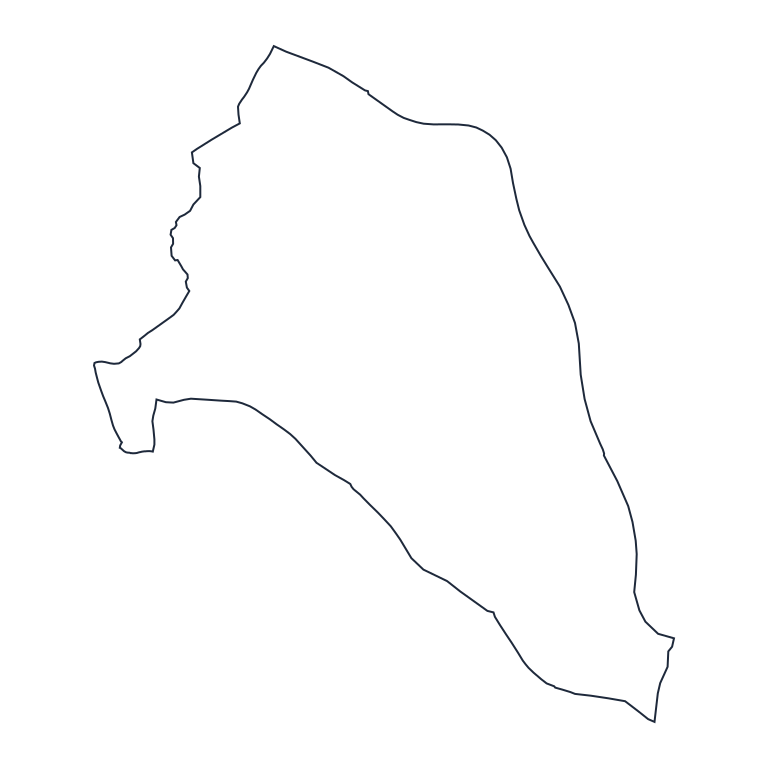 the district of Ibadan South East, Oyo, Nigeria, rotated 270°
{"feature_id": "59680162B26854390786792", "entity_name": "Ibadan South East", "entity_type": "district", "adm_level": 2, "iso_a3": "NGA", "parent_name": "Nigeria", "parent_adm1": "Oyo", "projection": "mercator", "projection_center": [3.898, 7.355], "detail": "fine", "context": "isolated", "style": "outline", "palette": "slate", "viewbox_px": 768, "rotation_deg": 270, "n_neighbors": 0, "source": "geoboundaries", "source_scale": "gbopen_adm2", "svg_char_len": 3165}
<svg xmlns="http://www.w3.org/2000/svg" viewBox="0 0 768 768"><g transform="rotate(270 384 384)"><path d="M405.0,94.5L402.5,94.0L399.4,95.0L395.4,95.7L390.3,97.0L385.4,98.3L377.1,101.2L371.7,103.2L367.2,105.1L360.0,108.0L354.3,109.8L348.1,111.4L342.5,113.0L338.7,114.5L335.0,116.4L330.9,118.6L328.2,120.1L326.8,120.8L325.7,121.9L322.6,120.2L320.2,119.8L319.9,120.6L318.3,122.4L317.2,123.6L316.9,123.9L315.8,125.8L315.4,127.4L315.3,129.1L315.2,129.8L314.8,130.9L314.9,131.4L314.8,132.2L314.7,132.8L314.8,135.1L315.0,136.8L315.7,139.1L316.0,140.7L316.3,141.8L316.5,143.2L316.7,144.7L316.7,145.9L316.8,146.6L316.9,149.3L316.7,151.3L316.4,152.8L323.4,154.4L328.6,154.4L338.4,153.5L346.8,152.4L352.4,153.3L359.5,155.3L368.5,156.5L365.8,165.9L365.4,173.4L368.2,184.0L369.3,190.9L368.2,208.4L367.4,220.3L366.9,229.2L366.4,236.2L364.7,242.3L361.7,249.9L358.5,255.5L353.9,262.1L350.9,266.6L348.7,269.9L343.8,276.5L338.5,284.1L334.0,290.1L329.1,295.5L312.4,310.6L305.2,316.5L292.9,335.0L287.9,344.0L284.0,350.3L281.2,351.6L278.7,353.6L273.3,360.2L269.7,363.5L263.4,369.7L255.1,378.2L248.6,384.4L241.7,390.8L238.8,392.9L234.5,396.0L228.3,400.3L209.8,411.4L198.4,423.4L186.9,447.1L176.5,460.3L157.1,487.4L155.6,493.5L151.2,494.9L142.6,500.2L133.1,506.4L125.2,511.7L115.3,518.0L107.4,522.8L103.7,525.6L100.1,528.6L95.4,533.5L88.8,541.2L84.6,546.6L81.7,554.2L80.4,555.2L78.4,562.3L75.9,570.5L74.1,575.0L72.3,590.9L69.7,608.3L66.8,625.1L56.7,638.3L48.9,648.1L46.1,654.5L74.6,657.8L84.9,660.2L101.2,667.6L116.6,668.3L121.3,672.1L129.7,674.0L134.2,658.1L146.3,645.4L157.6,639.4L175.9,634.2L193.2,635.9L213.9,636.7L227.3,635.7L246.0,632.5L261.9,628.2L286.9,617.3L312.5,603.9L314.5,604.1L318.6,602.8L324.4,600.1L346.8,590.6L369.0,584.6L393.3,580.7L424.4,578.8L445.0,575.0L463.1,568.4L481.4,559.9L500.8,547.8L512.5,540.6L525.5,533.1L532.0,529.5L543.1,524.4L557.7,519.2L569.0,516.4L585.0,513.0L599.3,510.6L610.7,506.9L620.3,501.7L627.8,495.8L633.3,489.5L637.4,482.8L640.5,476.3L642.5,468.6L643.5,458.4L643.7,447.6L643.6,433.5L644.3,423.7L645.9,416.3L648.2,409.2L650.1,403.7L653.3,397.6L655.8,393.9L656.5,392.8L673.8,368.5L676.9,367.9L677.6,365.0L685.6,352.2L691.8,343.5L700.3,328.5L706.4,312.8L716.3,286.2L721.9,273.8L714.1,270.0L709.5,267.1L705.3,263.9L702.2,260.9L698.9,258.5L695.2,256.3L688.2,252.9L679.2,249.0L675.7,247.1L671.3,244.2L668.3,241.9L664.2,239.2L661.3,238.0L653.4,238.5L644.6,239.8L640.4,231.9L628.3,211.6L619.0,196.8L615.6,191.9L604.8,193.4L600.0,199.8L591.4,198.9L582.0,200.3L570.9,200.3L563.5,193.4L557.2,190.1L553.4,184.7L551.0,179.6L546.0,175.9L542.8,176.5L540.0,174.7L538.1,171.4L533.3,170.6L529.8,173.0L524.2,173.1L520.6,171.0L512.2,171.6L507.6,175.1L508.0,177.6L501.6,181.4L498.6,183.0L496.5,184.9L493.5,187.5L489.9,187.8L486.4,185.8L480.4,186.9L477.0,189.3L471.2,185.9L465.1,182.4L459.6,179.4L456.6,176.8L453.2,173.7L449.1,168.1L437.9,152.4L435.1,148.0L432.0,144.2L428.6,139.8L424.0,140.5L421.8,140.2L419.9,139.0L416.7,136.1L411.8,129.8L409.7,125.7L407.2,122.6L406.0,121.3L404.6,118.8L404.2,114.0L404.7,110.1L405.0,109.0L405.9,105.2L406.4,101.8L406.3,100.7L406.3,100.4L406.2,98.6L405.7,96.1L405.0,94.5Z" fill="none" stroke="#1e293b" stroke-width="2"/></g></svg>